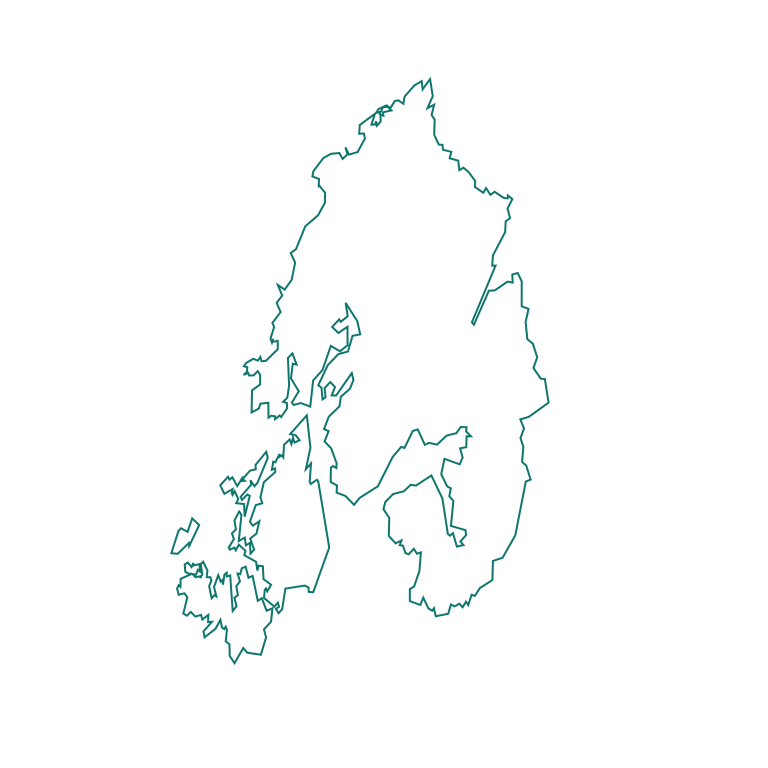 outline of Farsund nor, Vest-Agder, Norway, rotated 104°
{"feature_id": "86288312B34679713059782", "entity_name": "Farsund nor", "entity_type": "district", "adm_level": 2, "iso_a3": "NOR", "parent_name": "Norway", "parent_adm1": "Vest-Agder", "projection": "robinson", "projection_center": [6.828, 58.134], "detail": "fine", "context": "isolated", "style": "outline", "palette": "teal", "viewbox_px": 768, "rotation_deg": 104, "n_neighbors": 0, "source": "geoboundaries", "source_scale": "gbopen_adm2", "svg_char_len": 6165}
<svg xmlns="http://www.w3.org/2000/svg" viewBox="0 0 768 768"><g transform="rotate(104 384 384)"><path d="M362.3,219.8L340.3,229.1L340.9,233.2L332.3,242.9L321.0,241.8L308.8,249.4L305.8,255.8L289.5,261.6L276.2,261.9L275.3,269.2L251.1,275.2L243.9,281.1L246.7,286.0L254.5,283.7L254.7,288.8L266.4,299.2L268.1,304.8L304.7,311.1L302.9,313.6L242.1,304.4L243.0,307.6L233.0,309.4L207.2,303.2L196.7,305.3L192.6,301.8L184.0,306.6L173.5,304.2L171.1,309.4L174.0,309.0L174.5,312.8L170.7,323.2L174.7,326.5L169.2,332.4L174.4,333.9L170.9,343.4L164.9,344.6L157.7,353.5L154.9,359.3L158.3,362.6L149.3,366.0L149.1,374.9L142.5,374.8L142.4,383.5L137.8,385.1L138.4,388.8L130.0,395.6L115.2,398.8L111.5,402.9L100.8,402.9L105.9,408.6L92.9,406.3L77.0,413.1L88.8,417.8L81.0,420.7L87.0,426.8L100.2,433.6L107.4,433.0L105.3,438.8L106.8,442.0L114.9,444.6L113.0,449.0L118.4,455.7L122.9,457.3L120.7,453.2L123.9,453.7L115.6,451.9L114.1,447.6L116.8,443.0L120.6,450.7L123.8,449.5L123.5,452.6L130.3,450.7L135.1,453.4L130.9,455.2L134.4,455.3L135.4,458.9L124.1,458.2L138.5,470.2L147.2,468.6L145.8,464.1L150.4,461.9L165.3,465.7L169.9,473.4L163.7,478.7L169.9,475.0L175.6,478.6L170.7,483.2L173.5,491.2L179.4,497.5L194.5,504.0L199.9,503.7L200.8,496.7L208.9,495.0L207.1,494.8L212.7,487.4L222.6,485.2L236.2,488.8L250.0,498.5L274.4,502.0L279.5,506.2L287.7,499.6L305.2,498.8L316.4,503.2L313.7,510.9L322.8,504.2L331.3,507.8L339.2,501.7L351.7,507.1L355.2,504.4L367.3,505.1L370.8,502.8L367.0,502.6L370.1,502.3L367.9,497.6L375.9,495.5L390.0,504.1L391.6,508.3L387.7,510.5L391.8,512.0L391.2,516.9L396.9,522.8L400.7,524.2L400.7,520.8L405.2,519.9L409.2,522.4L406.1,518.5L408.4,516.9L407.1,512.5L402.1,509.7L405.0,506.4L414.4,504.1L422.1,510.5L443.6,505.6L438.1,499.5L433.0,499.2L430.2,491.7L444.6,487.9L442.0,485.6L441.7,481.9L444.4,481.2L439.8,477.6L441.0,475.8L430.9,472.1L425.9,473.7L425.7,477.6L420.7,474.5L408.5,475.7L382.0,483.5L376.4,480.3L386.3,473.5L386.4,477.4L401.1,475.6L411.7,464.9L424.3,468.9L426.2,466.7L422.6,460.0L423.8,450.1L397.7,453.6L385.4,447.1L359.9,444.8L362.9,434.6L355.2,428.7L337.3,433.3L345.5,440.6L341.2,448.1L332.1,443.1L334.2,441.1L327.0,435.6L314.5,440.9L329.5,425.1L341.6,419.1L344.9,426.2L361.2,426.8L366.1,435.6L379.3,443.1L401.1,447.5L402.6,443.8L413.8,439.9L411.0,437.5L402.4,440.7L395.1,436.6L398.8,430.8L407.7,432.0L406.8,427.7L381.2,417.9L387.6,414.6L396.9,415.9L406.7,422.8L416.4,421.8L429.1,429.7L442.3,431.3L443.1,426.3L454.1,427.8L459.2,419.7L472.4,410.8L477.1,409.9L475.9,413.5L478.0,415.3L492.0,412.0L493.8,405.1L500.9,403.7L502.0,394.2L508.5,383.8L500.4,380.1L484.8,365.2L452.9,358.0L440.8,352.1L441.2,348.7L422.6,344.7L419.9,340.2L433.1,329.7L430.2,326.0L430.0,317.9L418.9,310.7L414.2,301.9L407.2,299.2L406.0,293.4L410.1,292.9L413.7,287.0L414.8,291.2L425.4,288.9L428.0,294.6L436.3,289.9L443.6,291.1L442.0,307.2L457.6,306.7L468.1,297.9L469.1,293.9L477.1,293.5L480.6,288.4L505.5,284.7L506.1,269.6L510.7,267.8L518.3,271.8L521.1,267.9L524.1,274.0L512.0,281.0L515.2,283.2L514.0,285.8L481.0,299.6L461.3,315.9L474.8,328.4L475.4,333.8L483.1,338.6L488.6,348.5L498.2,354.2L505.5,354.3L512.6,346.5L530.2,342.6L535.8,334.2L531.6,329.2L536.5,329.7L536.3,326.5L542.8,322.3L543.3,318.9L536.7,315.2L540.7,311.0L538.5,307.5L556.7,304.4L573.2,305.8L576.8,309.3L588.4,306.4L589.6,295.3L581.8,294.2L591.1,286.5L592.3,282.4L589.5,281.3L596.8,277.6L591.4,266.1L581.8,265.7L582.6,261.5L578.9,257.7L581.6,253.7L575.4,251.8L578.1,248.8L567.3,248.0L567.6,244.6L558.8,241.6L548.0,231.4L529.3,235.5L523.9,226.9L499.1,220.0L444.3,222.8L441.3,218.6L428.8,226.2L426.1,231.2L411.2,233.6L403.5,238.5L393.3,237.4L385.3,243.2L380.9,235.6L362.3,219.8ZM603.2,402.3L555.9,397.6L494.7,424.1L493.1,425.9L498.7,430.9L497.0,432.4L478.7,435.6L485.6,439.2L463.5,440.0L433.1,451.3L455.2,462.9L455.2,457.1L459.0,452.3L462.5,456.7L458.0,459.4L464.7,459.3L460.7,462.2L467.2,466.3L479.5,464.0L477.9,465.7L480.2,468.2L478.0,468.0L477.9,468.6L486.3,470.5L486.2,472.7L494.4,472.0L492.3,469.2L495.7,468.2L508.3,476.8L523.7,476.5L529.2,473.3L532.5,479.1L550.0,480.8L553.2,477.0L547.3,471.7L560.1,471.6L566.3,476.5L576.1,469.9L580.8,472.5L570.6,475.6L574.0,479.0L566.7,481.9L571.5,486.9L545.4,490.7L542.8,493.7L552.6,496.1L560.9,492.5L565.7,495.4L570.8,492.1L580.2,495.1L582.0,493.5L578.9,489.6L581.3,487.6L575.0,486.0L579.3,478.1L583.9,478.1L587.5,465.1L595.7,461.7L590.6,461.8L590.2,457.4L602.5,453.7L606.1,445.0L613.5,447.1L610.9,449.1L612.6,449.9L620.6,448.7L626.6,436.5L621.8,434.1L625.6,431.9L628.2,434.5L631.9,430.9L627.2,428.3L606.4,430.2L598.7,412.0L599.8,407.9L603.9,406.8L603.2,402.3ZM628.6,438.0L632.4,443.0L621.4,450.8L624.9,454.0L602.0,465.1L604.8,468.6L594.8,474.0L597.2,477.4L603.2,477.5L603.3,480.2L610.4,476.0L615.8,478.4L624.2,474.7L627.6,477.4L635.3,473.3L640.9,475.9L607.0,486.9L608.8,490.0L605.2,491.0L607.5,492.7L617.7,491.7L612.8,493.1L615.3,494.6L609.6,498.6L622.1,499.8L630.6,495.3L629.8,497.4L633.6,499.4L622.3,504.8L616.7,503.9L613.5,505.6L614.3,509.3L607.7,510.2L600.2,516.5L603.3,518.2L612.6,514.2L616.8,515.3L614.8,515.4L617.1,520.1L614.7,523.8L614.6,520.3L609.3,519.6L610.5,517.3L603.3,519.3L606.3,525.1L603.6,525.6L608.2,526.4L604.7,531.2L607.3,533.7L614.3,531.4L615.6,525.7L622.2,534.2L630.0,532.5L628.9,534.5L632.5,535.3L638.2,532.2L635.4,527.0L638.6,523.2L655.2,523.2L656.5,519.2L651.9,516.3L655.3,510.8L652.3,505.6L656.5,503.3L650.5,498.6L657.6,497.1L656.3,493.4L667.7,499.3L673.2,496.8L662.3,488.3L652.4,485.7L659.4,482.3L660.5,479.8L657.8,478.9L660.6,476.9L672.1,475.3L673.9,471.0L685.2,467.9L691.0,461.5L674.2,456.7L677.8,451.6L676.5,438.0L658.4,437.1L651.1,441.1L642.0,436.1L628.6,438.0ZM483.8,478.9L478.3,481.9L493.7,489.1L497.8,487.8L500.5,493.1L510.5,498.2L508.7,498.4L508.8,498.7L511.8,499.5L510.5,497.8L511.5,495.7L513.1,499.9L518.6,501.7L511.2,508.6L514.2,510.7L511.8,512.9L521.9,518.4L529.2,512.3L522.6,505.5L526.8,505.3L528.3,504.1L524.1,503.0L530.8,497.6L535.4,498.6L534.3,490.7L546.4,487.1L525.0,487.2L524.3,489.9L530.8,493.8L528.1,495.8L513.8,488.5L509.7,490.3L514.6,484.9L510.5,482.9L483.8,478.9ZM588.5,533.8L565.6,529.2L560.8,537.6L575.0,538.8L573.1,546.1L576.5,547.9L599.6,549.4L598.7,543.1L585.5,534.9L588.5,533.8Z" fill="none" stroke="#0f766e" stroke-width="2"/></g></svg>